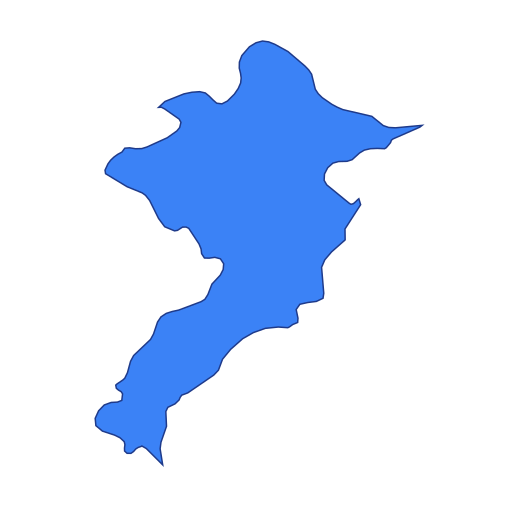 the Province of Lai Chau, rotated 274°
{"feature_id": "VNM-453", "entity_name": "Lai Chau", "entity_type": "Province", "adm_level": 1, "iso_a3": "VNM", "parent_name": "Vietnam", "parent_adm1": "", "projection": "natural_earth1", "projection_center": [103.098, 22.339], "detail": "fine", "context": "isolated", "style": "filled", "palette": "blue", "viewbox_px": 512, "rotation_deg": 274, "n_neighbors": 0, "source": "natural_earth", "source_scale": "10m", "svg_char_len": 2352}
<svg xmlns="http://www.w3.org/2000/svg" viewBox="0 0 512 512"><g transform="rotate(274 256 256)"><path d="M384.1,171.8L387.2,169.8L396.4,154.5L397.8,151.2L397.5,148.5L403.8,154.4L412.7,172.8L414.9,180.7L416.0,188.4L415.1,194.1L412.1,198.3L408.7,202.2L405.7,206.1L405.4,211.4L408.6,216.7L415.9,223.1L421.9,226.6L427.5,228.6L432.5,228.8L437.3,227.8L442.2,226.2L448.3,225.9L455.0,227.9L464.3,234.9L468.7,241.1L470.9,247.5L470.5,253.7L468.5,260.0L462.2,273.6L448.9,291.6L445.3,295.6L441.2,298.8L426.5,303.5L422.2,306.8L418.6,311.0L412.6,321.1L410.1,326.7L408.1,332.4L403.4,361.8L395.0,373.8L393.5,379.4L393.6,386.1L397.9,412.6L396.0,410.5L382.4,384.6L381.0,383.0L378.5,382.3L373.1,378.4L372.0,376.8L371.8,369.4L371.0,362.6L369.2,356.7L366.0,352.1L358.8,345.2L356.8,340.2L356.0,331.8L354.0,326.2L349.1,321.4L342.6,318.6L336.2,318.7L331.9,321.6L315.2,345.2L314.2,347.1L315.0,349.5L317.2,351.7L319.3,353.5L320.3,354.6L314.5,356.8L289.2,342.9L278.3,343.8L265.4,331.1L257.0,324.9L249.3,322.2L223.5,326.2L218.5,325.8L214.9,319.4L213.2,310.8L210.9,303.1L205.4,299.8L196.9,302.2L192.6,302.2L190.2,297.4L187.6,294.3L186.7,292.7L186.7,283.2L184.5,270.4L179.4,258.7L172.6,248.5L161.1,237.2L150.7,229.8L139.5,226.5L134.3,222.2L114.7,197.5L112.0,191.6L109.7,190.2L107.0,189.3L102.9,185.6L98.9,178.6L94.6,176.9L79.9,178.6L63.6,174.2L57.0,173.8L41.1,177.5L56.3,160.0L58.5,155.4L58.0,154.7L56.8,151.8L55.1,149.5L52.4,147.5L50.4,145.0L50.2,141.1L52.3,138.5L55.3,138.2L58.6,138.4L61.6,137.5L65.2,133.0L67.5,127.3L70.6,115.0L75.6,108.1L82.8,106.9L90.6,109.8L96.8,115.0L99.8,121.7L100.6,128.0L102.6,132.2L109.2,132.5L111.3,130.9L112.6,128.2L114.3,125.9L117.4,125.1L118.7,126.3L123.0,131.8L124.9,133.6L130.6,135.9L142.2,138.2L148.2,140.9L165.4,156.6L171.0,159.2L183.3,162.4L188.7,165.5L192.5,170.5L194.8,176.3L196.6,182.5L206.6,204.4L209.2,208.0L214.2,210.7L224.9,214.0L234.4,221.7L240.2,224.2L246.0,224.3L250.7,220.7L251.8,215.0L250.6,209.5L250.4,204.7L254.5,201.6L259.2,200.7L264.1,198.3L278.9,187.0L280.0,184.3L279.7,180.7L276.1,175.9L275.4,173.0L278.8,162.9L286.6,156.2L304.0,146.0L308.8,141.6L311.0,138.1L316.1,122.6L327.6,100.2L331.1,99.4L337.6,101.9L341.4,104.3L344.8,107.4L347.8,111.0L350.3,115.0L354.4,117.6L355.1,122.4L354.6,128.4L355.2,134.6L357.1,139.5L367.7,159.1L375.2,168.3L378.8,170.9L384.1,171.8Z" fill="#3b82f6" stroke="#1e3a8a" stroke-width="1.5"/></g></svg>